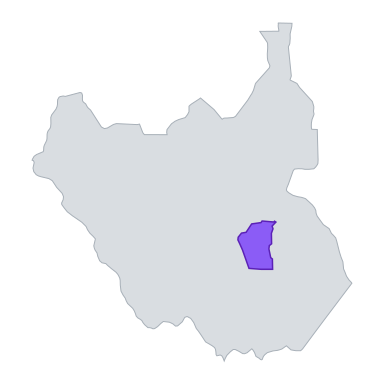 location of Bor South, Jonglei, South Sudan
{"feature_id": "79223893B93297305003737", "entity_name": "Bor South", "entity_type": "district", "adm_level": 2, "iso_a3": "SSD", "parent_name": "South Sudan", "parent_adm1": "Jonglei", "projection": "equal_earth", "projection_center": [32.094, 6.474], "detail": "fine", "context": "in_parent", "style": "filled", "palette": "violet", "viewbox_px": 384, "rotation_deg": 0, "n_neighbors": 0, "source": "geoboundaries", "source_scale": "gbopen_adm2", "svg_char_len": 3946}
<svg xmlns="http://www.w3.org/2000/svg" viewBox="0 0 384 384"><path d="M314.7,332.6L302.9,348.5L302.1,349.4L300.6,350.7L295.9,350.7L291.0,349.9L286.4,345.8L281.9,349.0L278.9,350.0L277.2,350.4L273.1,350.9L267.4,352.6L264.8,354.7L263.4,356.4L262.2,359.5L261.6,359.8L260.5,359.5L259.1,358.2L256.0,356.4L254.5,352.5L253.0,350.1L251.8,348.8L247.0,352.8L244.6,353.7L242.7,353.6L239.1,351.4L235.2,349.5L233.2,349.5L230.2,351.9L226.8,355.4L225.0,358.9L224.2,361.0L223.0,357.8L221.8,355.8L220.2,355.0L216.9,355.8L216.1,354.7L215.9,351.9L215.5,349.4L214.6,347.6L212.1,345.7L205.6,341.9L200.6,334.3L198.1,330.7L196.3,328.5L193.7,322.5L190.7,318.4L187.1,316.5L184.7,317.4L182.3,321.8L177.6,325.9L175.5,326.1L172.8,323.8L169.4,322.2L163.3,321.5L160.8,323.5L157.5,326.7L154.6,328.6L152.9,328.8L151.3,328.0L149.4,327.6L147.9,327.6L144.6,324.7L142.9,322.5L141.8,320.5L139.9,319.1L137.8,317.9L136.2,316.1L135.5,313.8L134.3,310.9L132.7,308.3L127.7,303.6L126.2,300.8L125.2,298.1L123.1,295.1L121.0,291.1L120.3,285.2L120.2,280.5L119.8,278.3L118.8,276.1L117.8,274.3L116.0,272.2L112.0,269.1L107.8,265.6L105.8,263.6L102.0,262.8L99.7,260.8L97.8,256.4L97.0,252.9L95.1,250.1L94.3,248.1L93.8,245.8L95.4,238.9L93.2,236.4L89.9,233.2L87.5,229.7L86.1,226.5L81.8,222.2L72.6,215.9L67.3,211.8L64.4,208.2L61.8,204.6L61.6,203.1L63.2,199.6L63.5,196.7L62.2,193.4L56.7,187.4L52.3,180.7L48.9,178.6L40.9,176.7L38.6,176.0L36.2,174.7L33.8,171.7L33.0,168.1L34.2,162.5L33.5,160.7L32.1,160.2L32.5,159.1L34.1,156.3L36.6,154.5L43.2,151.7L43.6,150.6L43.8,147.0L44.3,145.3L46.7,140.4L47.0,138.4L47.1,134.2L47.5,132.3L48.1,130.9L50.0,128.4L50.6,126.9L50.9,123.7L50.8,117.4L51.7,114.9L56.0,109.1L57.1,106.5L57.5,104.2L57.5,101.9L57.7,99.6L59.0,97.3L60.1,96.6L63.2,96.0L65.3,96.4L80.0,92.5L81.7,93.0L82.5,95.3L82.4,99.0L82.6,100.9L83.4,102.1L85.7,103.9L87.3,106.9L88.2,108.0L90.5,110.0L101.4,127.0L104.4,128.6L107.4,128.0L113.4,124.5L116.4,123.6L137.2,124.6L139.5,124.1L142.8,132.7L144.3,134.6L167.1,134.7L166.7,132.3L167.0,129.6L171.0,124.4L171.6,123.7L175.1,121.2L178.6,119.6L185.2,117.6L187.6,114.5L189.0,111.7L189.0,106.2L189.9,105.3L191.5,104.0L199.2,99.0L200.5,98.0L214.0,109.5L221.5,118.6L222.0,119.1L222.4,119.2L222.8,118.9L223.1,118.5L224.1,118.1L227.3,118.0L233.4,117.5L235.5,116.4L247.8,100.1L250.9,95.0L251.7,93.9L253.5,90.2L255.4,83.8L255.8,83.1L269.3,67.9L269.7,66.7L269.9,65.7L267.8,60.6L267.4,58.0L267.3,54.0L267.7,47.8L267.6,43.8L267.4,42.8L267.3,42.5L259.8,31.4L278.8,31.2L278.8,29.8L278.7,29.4L278.4,28.0L278.2,26.3L278.2,25.3L278.3,24.4L278.3,23.9L278.2,23.4L278.2,23.2L278.3,23.0L292.0,23.3L291.8,26.4L290.1,33.9L290.2,38.3L289.8,43.4L289.3,44.9L288.6,46.2L288.4,46.8L288.4,47.3L291.3,75.9L291.0,77.1L290.3,78.9L290.1,79.5L290.1,79.9L290.4,80.2L296.7,83.3L297.0,83.5L297.2,83.8L299.5,87.4L311.9,101.0L312.4,101.7L313.6,105.9L313.8,106.6L313.8,107.6L313.8,108.4L313.5,111.0L313.6,112.1L313.8,112.9L314.0,113.8L314.0,114.0L313.9,114.7L312.0,119.6L311.4,123.1L311.3,126.0L311.4,127.8L311.6,128.8L311.8,129.3L317.3,129.5L317.3,131.0L318.0,156.9L318.1,159.8L317.9,163.5L317.2,164.9L315.7,167.0L313.8,168.8L309.0,169.3L304.9,169.3L302.1,168.8L298.2,168.7L294.5,169.1L293.2,170.7L288.3,184.4L286.8,187.9L286.4,189.9L286.9,191.1L288.8,192.8L292.9,195.3L297.7,196.7L301.3,197.3L303.7,198.0L305.6,198.7L312.4,205.0L314.6,207.9L315.8,210.5L316.1,213.2L317.1,216.0L323.3,224.6L329.2,228.7L331.4,233.3L333.6,235.5L335.7,237.9L336.8,241.5L339.4,251.9L341.1,257.3L342.9,261.8L343.6,269.0L345.0,272.2L346.5,276.2L348.9,279.8L351.4,282.5L351.9,283.2L326.3,317.1L314.7,332.6Z" fill="#d9dde1" stroke="#a8b0b8" stroke-width="1"/><path d="M261.0,269.3L272.6,269.3L272.4,259.0L270.7,257.6L268.9,248.9L269.3,245.6L271.6,243.8L271.4,233.3L273.0,228.8L272.1,226.1L275.9,222.1L274.5,221.2L273.8,222.0L262.1,221.0L261.0,222.6L251.7,223.9L251.6,224.0L246.1,232.3L241.5,233.1L238.2,237.2L237.9,239.9L239.8,243.9L242.5,250.0L249.0,268.4L261.0,269.3Z" fill="#8b5cf6" stroke="#5b21b6" stroke-width="1.5"/></svg>